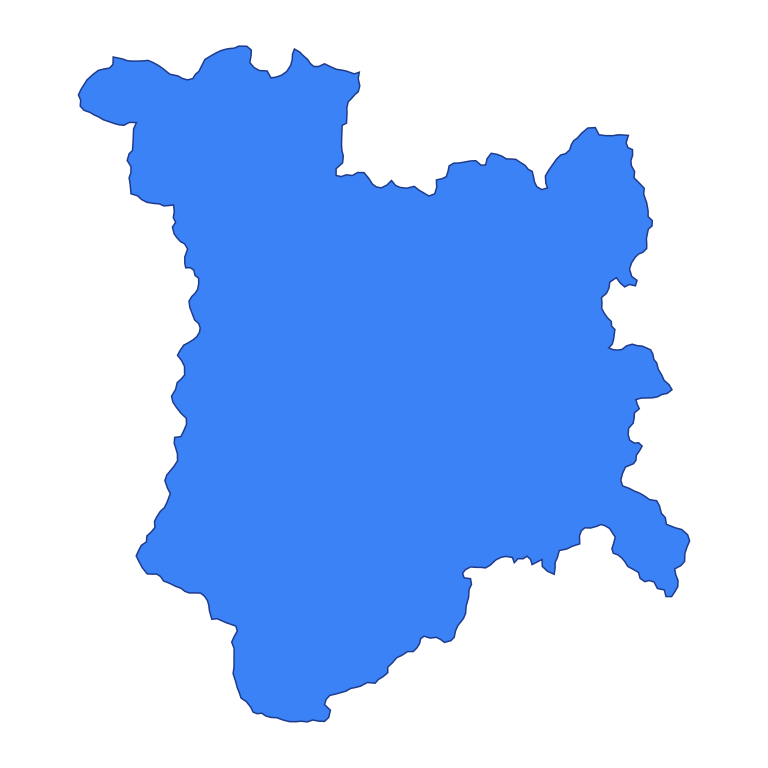 outline of Mariana, Minas Gerais, Brazil
{"feature_id": "56859067B28014056344581", "entity_name": "Mariana", "entity_type": "district", "adm_level": 2, "iso_a3": "BRA", "parent_name": "Brazil", "parent_adm1": "Minas Gerais", "projection": "mercator", "projection_center": [-43.32, -20.336], "detail": "fine", "context": "isolated", "style": "filled", "palette": "blue", "viewbox_px": 768, "rotation_deg": 0, "n_neighbors": 0, "source": "geoboundaries", "source_scale": "gbopen_adm2", "svg_char_len": 6054}
<svg xmlns="http://www.w3.org/2000/svg" viewBox="0 0 768 768"><path d="M672.0,389.7L669.0,384.7L664.1,380.3L661.6,374.8L658.3,369.2L656.7,363.0L653.9,359.5L652.8,354.0L650.7,349.9L646.4,347.9L642.1,346.1L637.0,345.6L632.3,344.2L626.6,345.8L622.1,349.4L617.5,350.1L612.9,349.6L608.7,347.9L612.2,344.2L613.5,339.8L614.9,329.5L611.6,326.2L611.3,321.5L607.6,317.9L604.3,313.3L601.7,308.5L602.0,303.3L601.5,297.5L606.4,293.4L608.9,288.3L609.8,282.1L616.3,277.7L620.5,283.3L624.7,286.9L629.4,284.5L635.4,285.8L637.0,280.4L631.7,276.4L629.5,269.0L631.6,262.8L635.1,257.4L638.4,254.1L643.0,252.2L646.7,248.5L646.7,243.5L646.4,238.6L648.3,229.1L652.0,226.0L652.3,220.6L648.1,216.6L648.1,210.8L646.7,202.9L643.7,194.3L644.2,188.2L639.6,183.4L634.0,177.8L634.6,171.5L631.4,165.7L630.9,160.7L632.6,155.3L632.5,149.6L627.9,147.6L626.1,142.8L628.4,135.4L621.5,134.9L617.2,134.9L613.1,135.7L606.1,135.7L599.0,134.8L595.3,127.6L587.9,128.0L581.8,133.0L577.4,138.0L573.7,140.7L571.3,144.7L569.7,149.9L565.5,153.7L560.7,155.0L556.7,158.9L548.6,170.4L545.4,176.0L545.8,183.2L547.5,187.9L541.9,189.6L536.8,186.7L534.5,181.9L533.5,176.7L532.2,171.4L528.2,169.3L525.1,165.4L519.6,161.9L515.9,159.4L511.0,159.0L506.3,158.9L502.0,156.2L496.9,154.3L491.2,153.3L487.1,158.7L485.6,164.9L481.1,165.2L475.8,160.7L470.2,161.0L459.1,163.0L453.7,163.2L449.1,165.9L448.1,171.1L446.3,176.7L441.7,178.8L436.4,179.9L436.7,187.6L434.7,193.8L428.9,196.0L424.4,193.3L419.2,190.3L414.3,186.4L406.5,188.2L400.0,187.4L395.5,185.4L391.5,180.5L386.9,185.1L381.2,187.9L376.3,186.9L372.5,184.2L368.9,178.5L364.0,172.6L357.7,172.5L352.4,175.5L346.3,174.8L341.2,176.6L336.1,175.5L336.1,168.7L342.6,162.9L343.3,156.0L341.9,150.5L341.5,144.9L341.7,137.5L342.1,125.4L346.5,123.1L347.0,113.5L346.8,107.8L348.2,101.8L351.4,98.6L354.8,94.7L358.2,91.8L359.8,85.8L358.2,78.6L359.3,72.2L354.4,73.9L346.1,71.0L341.7,70.1L336.4,69.3L330.8,66.8L324.5,63.8L318.7,66.5L313.8,66.5L310.4,63.6L307.6,59.4L303.2,55.6L299.7,52.0L294.4,49.0L292.5,54.3L292.2,59.7L290.7,65.3L286.7,71.5L281.5,75.2L275.9,77.2L270.9,77.8L267.2,71.0L259.3,70.5L254.0,67.5L249.8,62.5L251.0,55.9L251.3,50.0L246.8,46.3L238.9,46.1L234.1,48.2L229.7,48.5L225.5,49.3L221.3,50.5L216.5,52.7L211.1,55.7L205.0,59.4L201.8,65.5L199.0,71.3L195.5,74.2L192.8,78.6L187.4,79.9L182.3,78.4L177.9,75.9L169.8,74.2L162.8,68.5L157.3,64.8L152.6,62.3L148.0,60.4L143.3,60.9L137.3,61.1L132.0,61.1L127.8,60.8L122.3,58.9L113.2,57.0L113.0,64.3L109.7,68.0L103.9,69.0L98.3,70.4L93.3,74.2L87.0,79.9L80.9,89.6L78.4,95.0L80.7,100.1L80.2,106.1L84.0,110.3L90.2,112.5L94.3,115.0L98.6,116.9L103.2,119.7L114.9,123.7L119.2,124.8L123.9,125.3L129.4,122.4L136.4,122.6L133.6,128.9L133.1,141.1L132.5,150.4L129.1,153.8L127.2,160.5L131.0,166.6L130.9,172.8L129.1,177.8L130.1,183.9L131.0,193.8L137.6,195.8L141.5,199.5L146.9,202.3L154.2,203.5L159.5,203.9L163.8,205.9L168.2,205.6L173.5,205.0L174.3,211.4L173.3,217.6L175.6,222.3L172.4,227.2L174.2,233.9L176.8,237.6L180.7,241.8L184.6,243.8L187.6,249.0L184.8,256.9L184.8,263.3L185.7,267.8L190.3,267.7L193.9,270.3L195.0,275.4L198.6,278.2L198.7,283.6L197.7,289.3L195.0,293.4L191.8,296.5L189.0,301.1L189.8,307.3L194.6,319.9L198.7,323.6L200.2,327.9L199.5,332.3L196.7,336.8L192.8,340.0L188.2,342.8L183.7,345.2L180.0,350.6L177.5,355.3L181.7,360.7L184.5,366.4L184.6,375.0L180.9,379.3L177.2,382.6L175.6,389.4L171.5,396.3L173.0,402.3L176.3,407.2L180.9,413.2L186.3,418.3L186.5,424.3L184.2,429.8L180.9,436.6L174.7,437.4L174.2,443.4L175.6,447.6L177.4,453.7L177.5,460.8L174.0,466.3L166.8,475.0L164.9,480.5L167.3,487.7L170.3,493.6L167.0,502.3L164.5,507.5L160.2,511.5L156.8,516.9L154.5,521.3L154.9,527.6L151.0,532.2L146.9,535.9L146.4,541.9L141.4,545.3L138.7,550.3L136.2,555.9L138.9,561.4L142.2,567.6L147.2,573.9L152.2,574.1L156.8,574.1L160.5,576.5L163.6,581.0L169.8,583.4L175.3,586.2L180.9,588.2L184.8,591.3L189.0,592.9L194.9,592.9L200.6,593.1L204.5,596.2L207.4,600.5L208.8,605.2L209.4,610.7L211.8,619.3L217.1,618.7L226.7,622.9L235.9,626.1L237.3,631.0L234.1,636.7L231.7,642.1L234.1,648.4L234.0,667.2L233.1,673.6L235.2,680.0L237.3,687.8L239.4,693.0L241.1,698.1L246.3,701.6L250.7,707.1L253.1,712.1L257.2,713.7L261.8,713.2L265.8,716.0L271.4,717.5L276.8,717.7L283.0,720.0L289.3,721.6L296.0,721.7L301.1,721.2L307.4,721.9L312.7,720.0L319.0,721.2L324.5,721.4L328.7,717.5L330.4,710.2L324.5,704.6L326.2,699.3L329.8,695.4L336.3,693.9L345.8,691.2L350.7,688.4L354.9,687.6L360.5,686.2L367.4,682.5L375.1,683.2L378.4,679.5L383.0,676.7L387.8,672.6L387.7,667.2L392.5,662.7L396.7,657.7L401.9,655.3L407.5,651.6L413.2,651.6L416.9,647.9L419.6,643.5L420.6,638.7L424.1,636.2L430.3,638.1L436.3,637.3L440.5,639.4L444.4,642.4L450.8,640.7L454.2,637.3L455.5,631.0L457.7,625.8L460.9,621.8L463.5,618.4L465.6,613.4L466.2,605.8L468.6,597.3L469.1,589.4L471.5,584.4L470.5,578.7L464.1,577.8L462.6,573.3L465.3,569.8L470.6,566.9L476.4,567.4L481.1,567.4L485.6,567.9L490.3,565.1L495.7,560.0L501.1,557.3L506.0,556.4L512.4,557.5L514.3,562.7L518.0,558.7L523.3,558.7L527.0,556.2L530.6,559.5L532.1,564.6L542.0,559.5L542.3,566.4L547.5,571.3L554.2,574.3L555.1,567.9L555.1,562.5L557.4,557.5L559.3,550.5L566.4,549.1L572.7,546.1L579.7,543.9L579.5,535.9L581.3,530.8L584.8,527.8L590.6,528.0L596.8,526.3L601.0,524.5L605.2,525.8L609.6,528.5L615.2,537.1L613.8,542.8L611.9,548.8L613.3,553.2L618.2,555.0L622.1,558.3L624.9,561.7L627.7,566.4L633.2,569.4L638.6,572.5L640.0,578.2L644.8,581.7L649.1,580.5L654.1,582.0L657.4,588.5L664.3,589.9L666.0,596.6L671.6,596.6L674.8,591.8L677.8,586.7L678.0,580.4L675.7,574.6L674.7,568.9L680.9,565.6L684.6,561.4L684.9,553.3L687.1,546.8L689.6,540.9L687.6,534.7L681.7,529.5L675.3,527.8L666.4,524.3L665.3,517.6L661.4,513.4L659.5,506.0L656.7,500.8L649.3,499.5L645.4,496.6L640.0,493.3L633.8,490.8L629.3,488.4L622.6,485.9L620.8,480.2L622.4,473.8L625.4,467.1L629.4,465.4L633.5,463.7L636.0,460.2L636.3,455.4L639.8,450.3L642.1,446.1L638.7,442.8L634.2,443.1L629.8,440.2L628.2,435.0L628.6,428.3L633.2,423.1L634.2,417.5L634.4,412.9L639.3,408.7L637.2,404.3L635.9,399.6L641.2,398.1L652.3,397.8L657.7,396.8L662.1,394.4L667.1,393.5L672.0,389.7Z" fill="#3b82f6" stroke="#1e3a8a" stroke-width="1.5"/></svg>